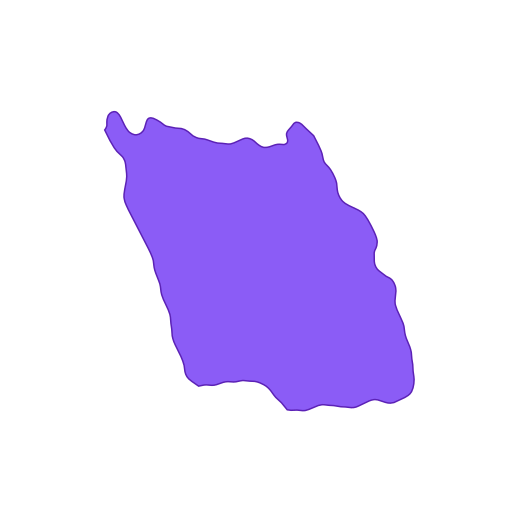 Laguna Salada, Valverde, Dominican Republic, rotated 153°
{"feature_id": "3306468B11652899938830", "entity_name": "Laguna Salada", "entity_type": "district", "adm_level": 2, "iso_a3": "DOM", "parent_name": "Dominican Republic", "parent_adm1": "Valverde", "projection": "equal_earth", "projection_center": [-71.094, 19.659], "detail": "fine", "context": "isolated", "style": "filled", "palette": "violet", "viewbox_px": 512, "rotation_deg": 153, "n_neighbors": 0, "source": "geoboundaries", "source_scale": "gbopen_adm2", "svg_char_len": 3328}
<svg xmlns="http://www.w3.org/2000/svg" viewBox="0 0 512 512"><g transform="rotate(153 256 256)"><path d="M150.0,337.0L153.4,346.3L155.5,352.6L156.7,354.7L157.5,355.6L159.2,356.8L160.2,357.1L162.1,356.9L165.6,355.2L169.6,353.6L171.5,352.7L173.1,351.3L173.7,350.3L174.1,349.3L175.1,345.1L175.5,344.2L176.2,343.3L177.0,342.7L177.9,342.4L179.8,342.4L180.7,342.7L184.3,344.9L186.3,345.8L188.6,346.4L194.5,347.2L196.8,347.8L199.0,348.8L200.0,349.4L201.7,351.2L203.0,353.3L204.1,355.6L205.5,359.3L206.7,361.5L208.3,363.4L210.1,364.9L212.3,365.9L214.6,366.3L224.3,366.8L227.8,367.4L230.0,368.4L234.8,371.6L239.0,374.1L242.0,376.7L246.8,381.7L248.7,383.5L253.7,386.9L255.4,388.6L257.6,391.6L260.2,397.8L262.2,401.0L264.7,403.5L269.7,406.6L276.9,412.3L278.2,414.1L280.4,418.7L282.6,422.2L285.0,425.3L286.9,426.8L287.9,427.2L289.0,427.4L290.1,427.2L291.1,426.7L292.8,425.3L297.2,420.6L299.2,419.0L300.3,418.5L302.6,417.8L304.9,417.7L307.3,418.2L308.4,418.7L309.4,419.4L311.1,421.2L312.5,423.5L313.0,424.8L313.3,426.3L313.7,429.2L313.8,432.2L313.6,441.1L313.8,443.9L314.5,446.4L315.1,447.6L316.0,448.5L317.0,449.1L319.1,449.6L321.3,449.4L323.5,448.5L324.4,447.8L326.8,445.2L328.0,443.2L329.6,440.0L330.3,439.2L331.9,437.9L333.6,437.0L333.7,425.1L333.2,416.9L332.4,412.3L330.7,407.4L329.9,405.0L329.7,403.6L329.7,400.7L329.9,399.3L330.6,396.8L333.9,388.1L335.1,385.5L337.5,381.7L342.9,374.7L345.5,371.0L346.9,368.4L347.4,366.9L348.2,363.7L348.5,360.4L348.7,355.3L348.5,311.8L348.6,306.7L349.0,301.7L349.6,298.5L351.9,292.2L352.6,289.4L353.1,286.2L353.9,278.1L354.3,274.9L355.1,272.0L356.9,267.1L357.6,264.3L358.2,259.5L358.6,248.0L359.2,243.2L360.0,240.4L362.5,234.3L364.3,229.0L366.9,222.9L367.6,220.1L368.1,217.0L368.3,213.8L368.5,200.6L368.9,195.8L369.7,191.2L371.8,185.2L372.3,182.6L372.3,179.8L371.7,177.0L370.1,173.4L366.2,166.1L361.1,164.7L358.9,163.8L354.0,160.8L351.9,159.9L349.6,159.3L342.5,158.3L340.2,157.7L338.0,156.8L333.1,153.9L330.9,153.0L326.4,151.8L324.1,151.0L318.3,147.3L314.1,144.9L312.0,143.2L310.1,141.2L307.5,137.8L306.0,135.3L304.9,132.6L304.1,129.7L303.2,123.9L302.6,121.1L299.9,113.6L298.0,104.8L294.8,102.6L289.4,100.1L284.6,97.0L282.4,96.0L278.6,95.3L268.3,94.5L264.6,93.5L262.6,92.4L258.7,89.8L254.6,87.4L248.9,83.2L244.7,80.8L239.9,77.6L237.7,76.6L235.3,76.0L232.7,75.8L221.1,75.5L218.6,75.2L216.1,74.5L215.0,74.0L212.8,72.5L207.1,66.8L205.1,65.1L203.0,63.9L199.6,62.8L187.7,62.4L183.9,62.7L181.4,63.3L179.0,64.5L176.0,67.2L173.4,70.5L171.2,74.2L170.1,76.9L168.3,82.1L165.6,88.2L163.9,93.5L161.4,99.6L160.7,102.4L160.2,105.3L159.5,114.3L159.0,117.3L158.3,120.0L156.1,126.2L155.5,129.3L155.2,134.2L154.8,144.0L154.1,148.8L153.7,150.3L152.5,153.0L147.2,161.3L146.1,164.0L145.7,165.4L145.5,166.8L145.3,169.6L145.6,172.3L145.9,173.5L146.9,175.6L149.3,178.9L153.0,186.6L153.9,189.1L154.2,192.0L153.9,194.9L153.1,197.4L149.3,205.1L147.9,206.8L145.3,208.8L143.7,210.4L141.7,213.4L141.1,214.7L140.4,217.6L140.0,220.8L139.8,224.0L139.7,230.6L139.9,237.2L140.4,242.0L141.1,245.1L142.4,247.9L144.0,250.5L150.3,258.7L152.7,262.4L153.9,265.2L154.3,266.7L154.7,269.6L154.7,272.6L154.3,275.5L153.5,278.2L151.1,284.3L150.5,287.2L150.2,290.2L150.1,294.7L150.4,299.2L150.9,302.0L152.3,306.7L152.6,309.0L152.3,311.3L150.7,317.3L150.3,320.2L150.0,326.3L150.0,337.0Z" fill="#8b5cf6" stroke="#5b21b6" stroke-width="1.5"/></g></svg>